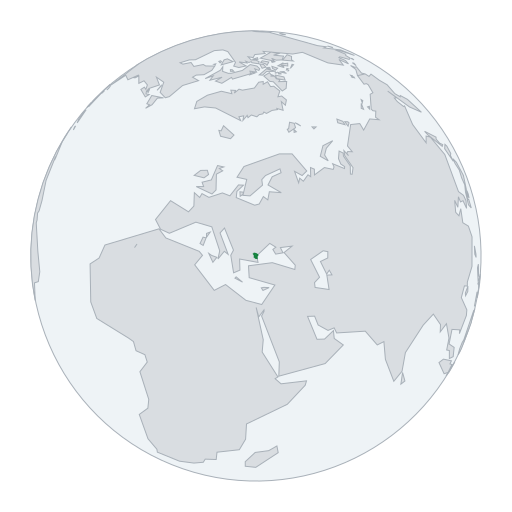 Burgas on an orthographic globe, rotated 19°
{"feature_id": "BGR-2254", "entity_name": "Burgas", "entity_type": "Province", "adm_level": 1, "iso_a3": "BGR", "parent_name": "Bulgaria", "parent_adm1": "", "projection": "orthographic", "projection_center": [27.462, 42.445], "detail": "fine", "context": "on_globe", "style": "filled", "palette": "green", "viewbox_px": 512, "rotation_deg": 19, "n_neighbors": 0, "source": "natural_earth", "source_scale": "10m", "svg_char_len": 11811}
<svg xmlns="http://www.w3.org/2000/svg" viewBox="0 0 512 512"><g transform="rotate(19 256 256)"><circle cx="256" cy="256" r="225" fill="#eef3f6" stroke="#a8b0b8"/><path d="M179.9,44.0L185.8,42.5L179.4,44.5L182.8,43.9L191.0,41.5L195.6,40.2L218.3,38.7L245.6,37.1L254.3,35.3L252.4,37.2L268.9,33.6L283.8,34.3L266.9,34.5L265.1,35.4L275.2,36.0L275.5,37.2L280.6,38.3L280.1,39.8L270.3,40.4L269.8,41.5L276.9,42.0L280.9,44.2L270.5,43.2L276.4,47.1L261.1,50.0L233.6,48.3L224.9,53.1L196.2,60.2L198.7,61.6L189.3,65.9L188.7,69.3L183.6,70.2L187.5,72.2L192.3,70.8L195.7,71.3L195.8,73.4L189.2,74.6L188.2,73.8L186.3,75.3L183.0,75.2L184.7,76.4L176.8,78.0L184.7,79.5L178.4,83.4L173.1,83.7L173.6,79.6L162.8,71.9L157.6,71.9L149.7,75.4L134.8,90.2L129.1,92.3L121.3,98.0L124.4,98.4L131.6,94.2L135.5,97.0L143.8,92.1L146.6,92.7L155.2,89.8L153.8,94.8L147.8,101.5L140.6,104.4L137.8,107.6L144.6,108.9L131.1,118.7L122.2,133.5L118.7,135.9L112.1,132.5L112.2,121.7L103.6,119.3L109.0,125.7L100.3,132.4L98.8,135.8L99.2,138.5L102.5,138.1L99.5,141.6L92.9,136.0L95.5,132.7L97.6,134.3L97.6,129.6L93.1,126.8L89.0,130.9L86.6,123.9L83.7,126.9L81.5,127.4L86.3,122.9L77.5,131.1L74.0,127.5L62.0,143.1L74.0,125.5L78.3,118.8L82.5,112.7L80.5,115.0L88.8,105.0L88.9,104.9L99.9,93.6L111.7,83.0L124.1,73.3L137.3,64.6L151.0,56.7L165.2,49.8L179.9,44.0ZM39.4,194.0L38.8,196.4L36.9,203.6L39.4,194.0ZM36.5,205.2L37.6,201.8L35.6,210.8L34.7,226.8L34.1,227.7L32.9,252.9L35.6,273.3L36.2,284.0L35.5,286.5L37.3,293.3L37.4,296.2L48.2,322.6L56.7,341.3L58.5,351.1L55.3,353.5L61.7,370.0L53.6,354.9L46.7,339.3L41.0,323.2L36.5,306.8L33.3,290.0L31.4,273.1L30.7,256.0L31.4,238.9L33.3,222.0L36.5,205.2ZM62.2,141.2L59.0,147.4L49.0,169.6L51.5,162.0L54.8,155.4L59.7,145.7L62.1,141.3L62.2,141.2ZM61.7,145.8L63.1,142.7L62.1,145.1L61.7,145.8ZM197.6,39.5L191.1,41.4L183.6,43.4L188.9,41.6L197.6,39.5ZM212.1,37.1L209.1,38.0L205.7,37.9L208.4,37.4L212.1,37.1ZM260.5,34.1L255.2,34.2L260.2,33.8L260.5,34.1ZM281.4,38.2L282.8,38.0L284.8,38.7L281.4,38.2ZM155.4,87.4L155.2,88.6L153.7,88.5L155.4,87.4ZM159.2,85.1L157.5,84.1L159.0,82.9L160.1,83.5L159.2,85.1ZM285.9,41.8L288.7,43.4L284.2,41.9L285.9,41.8ZM160.9,86.6L162.0,80.9L164.8,78.9L171.0,79.7L160.9,86.6ZM289.2,44.4L296.2,48.7L299.9,48.3L293.3,52.4L289.6,47.1L283.4,45.1L288.0,45.4L289.2,44.4ZM193.8,69.5L188.7,71.1L192.9,68.0L193.8,69.5ZM195.7,67.5L203.9,58.2L211.5,57.3L207.2,60.4L217.0,58.0L216.8,62.1L211.3,64.3L206.4,64.0L210.0,65.8L195.7,67.5ZM288.5,54.2L288.7,55.6L286.6,54.3L288.5,54.2ZM197.4,71.3L198.3,69.4L205.0,68.4L204.3,72.1L202.4,71.2L197.4,71.3ZM219.8,55.6L224.6,55.7L225.7,58.9L227.7,59.5L217.4,62.1L219.8,55.6ZM200.9,72.5L203.8,74.1L200.7,76.5L196.9,73.2L200.9,72.5ZM207.0,66.6L210.2,66.4L208.2,67.7L207.0,66.6ZM191.4,86.5L192.4,83.9L195.9,83.0L191.4,86.5ZM205.0,74.6L206.1,73.7L207.6,73.2L208.8,74.8L205.0,74.6ZM218.9,64.4L218.3,65.8L223.2,63.4L224.2,66.0L217.1,67.4L220.6,67.9L220.9,68.7L214.8,69.0L218.9,64.4ZM214.6,74.9L206.0,78.0L203.3,82.9L200.1,83.7L204.9,75.7L214.6,74.9ZM215.3,71.4L214.1,73.7L210.6,73.3L209.3,71.5L215.3,71.4ZM227.4,67.4L227.7,63.0L229.2,62.9L227.4,67.4ZM214.5,76.4L216.6,75.6L214.7,76.8L214.5,76.4ZM224.2,70.2L224.1,68.6L225.9,68.5L224.2,70.2ZM220.9,75.6L218.1,76.5L217.1,75.2L220.9,75.6ZM223.0,73.1L225.4,73.4L218.4,74.2L222.6,72.4L223.0,73.1ZM225.9,70.3L226.9,69.7L225.7,71.0L225.9,70.3ZM226.3,80.2L217.7,81.5L215.5,78.6L224.1,77.6L226.3,80.2ZM114.7,353.2L101.7,317.5L108.3,309.0L109.6,294.8L155.4,261.9L164.9,268.3L200.8,270.1L205.2,272.8L200.9,284.3L227.7,302.1L236.5,292.9L260.9,301.2L277.2,300.0L283.3,277.3L256.6,278.7L252.1,267.7L273.6,257.0L297.1,256.1L296.1,251.9L281.4,243.6L286.9,234.9L276.3,240.1L280.5,244.2L274.0,247.8L269.8,244.3L271.9,241.2L264.9,239.6L256.6,255.5L260.0,261.4L241.5,264.2L245.4,274.6L240.3,279.2L231.9,263.5L232.8,257.8L217.1,239.8L214.5,245.9L229.1,263.5L224.5,261.9L221.0,271.2L220.0,262.9L204.7,242.8L188.1,243.6L166.7,262.7L157.1,261.8L149.1,254.2L157.2,231.5L177.8,236.2L181.0,229.0L177.1,216.2L183.7,219.0L184.6,214.6L192.4,215.9L203.7,207.3L211.7,207.6L216.3,194.5L221.1,193.1L216.9,201.1L218.3,207.2L238.2,208.4L242.1,205.8L243.6,197.4L248.9,199.1L247.7,190.9L259.3,187.9L244.2,184.9L245.5,175.8L252.6,169.1L250.3,165.8L238.8,176.8L236.6,181.9L239.1,186.9L230.8,201.1L223.9,202.9L222.3,186.6L212.4,187.7L215.5,175.3L244.8,151.9L256.9,147.7L276.3,159.1L273.4,164.9L264.9,163.4L272.5,172.9L272.0,168.2L276.4,169.9L278.7,162.3L281.9,163.2L278.7,154.6L282.9,154.9L284.9,160.3L291.9,150.1L300.8,149.0L300.8,146.4L298.4,143.8L311.2,144.5L310.7,142.6L306.3,141.5L302.3,137.1L300.4,129.7L304.9,130.3L306.2,133.1L315.8,140.1L318.6,147.8L320.3,147.4L319.0,140.9L307.2,132.2L304.8,127.7L310.8,131.0L308.4,129.4L308.7,127.4L313.1,126.1L306.7,122.2L302.7,100.9L311.0,97.0L316.8,101.9L318.9,89.4L328.0,87.1L323.9,85.9L322.1,80.0L319.2,80.6L317.1,79.6L311.3,65.9L313.4,63.6L306.3,57.5L304.2,57.1L302.2,58.4L293.3,52.4L299.9,48.3L304.4,49.4L305.5,46.6L315.5,49.7L324.2,51.4L334.4,57.3L340.5,58.5L340.2,57.3L348.2,58.6L365.6,66.2L352.7,65.1L326.8,57.2L337.5,60.6L335.4,61.6L339.4,64.0L346.9,66.6L347.6,65.7L361.3,80.7L380.0,93.6L377.8,87.2L382.1,86.8L401.5,98.6L426.5,129.2L432.5,131.1L436.6,135.4L439.6,142.4L433.7,136.3L431.8,138.3L428.1,134.1L431.0,144.2L425.7,138.7L430.6,149.7L434.8,151.9L434.2,144.6L440.7,157.2L447.1,158.6L454.0,167.5L463.6,195.5L464.3,211.8L465.6,215.6L462.8,216.4L463.7,228.5L472.9,238.3L474.3,243.8L473.6,263.2L472.7,259.5L465.2,261.6L467.2,276.3L473.1,277.9L475.2,287.0L472.2,290.0L469.6,282.4L466.9,282.8L465.2,270.8L458.1,258.0L454.9,267.8L452.8,260.8L442.6,253.2L436.6,266.9L428.7,298.7L431.6,317.4L427.1,329.6L412.0,311.6L404.8,295.3L399.6,300.6L383.8,291.5L357.3,302.5L353.3,298.5L348.3,302.9L337.2,301.0L331.0,293.8L324.4,296.3L340.8,314.9L347.9,312.2L353.5,301.3L356.8,308.5L367.5,311.7L356.4,335.2L316.7,362.2L312.5,348.5L280.8,310.9L281.6,305.9L281.5,305.3L281.1,304.4L278.4,312.7L272.9,304.6L290.1,332.8L293.1,344.8L316.1,363.2L314.0,365.8L321.3,368.7L344.4,357.6L344.6,362.2L333.9,386.0L301.7,417.9L305.8,432.6L303.3,444.6L283.0,454.2L284.6,461.4L274.1,464.6L273.3,468.2L264.7,472.0L250.5,474.9L226.6,473.6L225.2,471.0L213.4,464.0L197.2,443.8L203.3,435.1L201.3,426.5L183.9,403.2L187.7,391.7L183.1,385.5L173.4,384.6L168.0,376.8L162.2,375.1L125.8,366.9L114.7,353.2ZM139.6,283.4L138.4,287.6L139.6,283.4ZM322.1,266.5L336.0,263.9L329.2,251.0L334.0,249.1L329.9,245.6L328.7,250.1L318.7,240.2L324.5,234.5L322.5,228.5L317.8,229.2L308.8,241.5L323.0,255.4L320.0,262.1L322.1,266.5ZM34.7,227.2L34.3,231.0L34.2,228.4L34.7,227.2ZM50.3,164.4L48.9,167.7L47.7,170.8L48.4,168.8L50.3,164.4ZM43.1,191.7L42.3,196.3L42.4,193.1L43.1,191.7ZM47.8,173.0L43.6,188.4L43.8,183.4L46.8,173.9L45.7,178.3L47.8,173.0ZM58.9,149.1L57.7,151.6L57.0,152.6L58.9,149.1ZM60.9,147.6L61.1,147.0L62.4,144.8L60.9,147.6ZM100.7,132.7L101.1,133.3L100.8,136.5L99.4,135.9L100.7,132.7ZM108.5,146.8L103.5,152.3L106.1,147.7L103.2,147.6L105.2,138.2L117.1,136.6L111.4,138.8L108.5,146.8ZM111.1,125.9L108.5,131.6L110.9,125.5L111.1,125.9ZM182.1,190.8L184.6,194.4L181.4,199.0L171.3,199.9L175.8,193.1L182.1,190.8ZM189.0,198.6L190.2,183.0L196.5,182.3L192.8,185.2L196.8,186.3L191.9,191.5L196.7,206.6L194.2,211.7L176.9,209.8L183.9,207.4L181.0,203.8L189.0,198.6ZM182.3,149.0L182.9,143.4L195.8,148.8L193.7,153.4L183.5,154.3L180.0,149.3L182.3,149.0ZM171.7,89.7L171.1,88.1L172.9,87.6L174.9,88.6L171.7,89.7ZM191.6,85.4L176.2,96.4L174.7,95.1L167.5,103.8L160.8,103.8L165.7,98.0L155.2,104.8L156.9,99.6L150.2,104.8L161.9,91.9L163.0,87.8L164.3,92.3L170.4,92.3L173.3,91.2L182.7,85.0L188.2,76.9L195.1,76.1L198.6,77.8L198.3,79.6L193.9,79.4L196.7,82.0L190.1,83.2L191.6,85.4ZM234.7,103.9L229.7,101.8L234.2,109.4L227.7,109.7L228.6,110.6L223.8,113.1L219.5,117.8L216.6,117.3L216.2,119.4L213.0,121.3L211.5,124.1L205.7,124.2L203.4,127.8L201.9,125.9L199.5,132.0L198.7,127.5L194.5,129.9L197.5,133.0L169.7,129.2L158.7,131.8L149.9,136.8L149.7,129.1L157.7,119.8L169.6,111.5L180.3,110.4L178.2,107.4L182.7,106.1L182.5,109.0L185.6,103.8L189.2,103.6L199.8,97.7L202.0,90.8L206.0,88.7L206.9,91.3L210.2,87.5L214.6,91.1L217.5,89.7L224.8,92.2L224.9,98.3L228.2,96.4L233.9,98.5L234.7,103.9ZM228.2,81.0L229.9,87.7L227.1,91.4L215.6,85.6L212.3,86.4L204.8,83.3L209.0,78.3L210.8,79.5L213.5,79.6L211.1,81.2L215.0,80.0L217.5,81.8L221.3,81.5L220.8,83.7L228.2,81.0ZM210.5,268.9L213.9,269.9L219.4,270.0L217.3,276.0L210.5,268.9ZM199.8,255.4L202.9,255.1L202.6,263.2L199.0,262.4L199.8,255.4ZM204.9,248.3L203.1,254.5L201.9,250.7L204.9,248.3ZM219.9,200.5L223.3,199.8L223.6,201.9L221.6,204.7L219.9,200.5ZM246.8,128.3L244.3,126.0L245.4,125.0L244.2,118.6L248.9,118.1L251.6,121.8L246.8,128.3ZM278.7,281.6L273.8,286.3L271.4,284.4L273.6,283.1L278.7,281.6ZM244.0,282.2L251.8,285.1L243.3,283.8L244.0,282.2ZM251.8,126.7L250.7,124.0L253.7,125.4L251.8,126.7ZM252.3,117.5L256.0,118.5L249.4,117.3L252.3,117.5ZM341.0,434.7L324.6,455.9L314.3,458.3L312.8,454.0L319.2,442.0L331.4,435.9L337.6,428.8L341.0,434.7ZM477.3,298.1L476.4,302.5L474.7,307.5L475.7,303.0L478.3,292.4L478.5,291.5L477.3,298.1ZM475.5,303.5L472.2,306.1L463.7,297.2L466.8,292.5L474.9,291.5L474.5,294.9L476.6,294.8L475.5,303.5ZM480.4,275.9L479.9,280.4L479.2,283.6L478.8,277.3L479.1,270.8L479.8,267.3L479.6,236.8L480.2,235.8L480.9,247.0L481.2,248.9L480.4,275.9ZM432.5,318.4L437.5,325.7L434.7,330.0L432.5,318.4ZM477.3,219.7L478.9,232.6L476.7,217.9L477.3,219.7ZM474.7,207.8L475.7,211.0L474.8,209.9L474.7,207.8ZM467.8,220.6L467.1,225.3L466.0,222.9L466.2,215.5L467.8,220.6ZM459.2,175.3L463.3,182.5L464.6,185.7L462.3,183.1L459.2,175.3ZM291.0,122.0L287.4,131.2L288.0,138.2L293.3,142.5L284.3,140.8L283.4,129.9L291.0,122.0ZM300.8,103.3L296.2,100.1L299.1,99.2L300.6,99.8L300.8,103.3ZM297.4,102.9L289.9,103.4L287.9,100.2L294.2,100.4L297.4,102.9ZM270.8,114.4L269.4,117.0L267.0,115.7L270.8,114.4ZM478.0,217.7L477.9,217.2L478.8,223.5L475.9,207.1L476.2,208.4L478.0,217.7ZM476.2,209.3L477.2,215.1L475.5,206.4L476.2,209.3ZM476.9,214.0L475.8,210.3L475.6,207.9L476.9,214.0ZM475.9,207.6L473.9,199.9L474.8,202.6L475.9,207.6ZM472.9,202.3L474.4,202.8L474.4,208.0L469.3,195.1L468.9,191.3L472.9,202.3ZM438.6,131.9L435.9,129.3L434.1,125.5L436.5,128.3L438.6,131.9ZM425.8,112.2L432.7,123.7L437.8,133.8L438.6,133.1L443.9,140.5L440.2,138.4L433.2,127.2L430.2,120.7L425.2,115.4L420.2,108.5L414.2,103.8L410.5,99.9L415.0,102.2L425.8,112.2ZM411.7,102.2L399.5,93.2L398.3,88.9L400.7,90.0L406.8,95.7L407.1,97.6L411.7,102.2ZM396.3,89.9L396.4,91.7L378.8,85.4L374.8,83.2L387.5,85.0L388.3,86.9L392.9,89.5L396.3,89.9ZM291.1,55.5L288.9,55.6L290.1,54.7L291.1,55.5ZM315.6,80.1L312.9,78.7L314.4,77.5L315.6,80.1ZM306.4,74.3L306.6,76.6L304.5,73.9L306.4,74.3ZM307.4,82.1L305.8,77.4L310.0,82.3L307.4,82.1Z" fill="#d9dde1" stroke="#a8b0b8" stroke-width="1"/><path d="M256.2,258.1L255.9,257.9L255.7,257.7L255.5,257.4L255.4,257.4L255.2,257.4L255.2,257.5L254.9,257.5L254.9,257.4L254.8,257.2L254.7,257.0L254.7,256.9L254.8,256.8L254.8,256.7L254.9,256.4L254.7,256.3L254.6,256.2L254.3,255.9L254.2,255.8L254.1,255.6L254.0,255.4L254.0,255.2L253.9,255.0L253.7,255.0L253.4,255.0L253.2,254.9L253.3,254.8L253.4,254.7L253.5,254.5L253.5,254.4L253.4,254.3L253.4,254.2L253.6,254.1L253.8,254.2L254.0,254.2L254.3,254.0L254.5,254.1L254.9,254.1L255.0,254.0L255.4,253.9L255.5,253.9L255.6,254.0L255.8,254.2L256.0,254.3L256.3,254.2L256.5,254.2L256.7,254.3L256.8,254.4L256.9,254.5L257.0,254.5L257.1,254.4L257.2,254.5L257.3,254.7L257.3,254.9L257.2,254.9L257.2,255.0L256.9,254.9L256.8,255.0L256.7,255.0L256.8,255.1L256.7,255.2L256.5,255.3L256.5,255.5L256.2,255.5L256.1,255.8L256.0,256.0L256.0,255.9L256.1,256.0L256.2,255.9L256.3,256.0L256.3,255.9L256.3,256.0L256.5,256.0L256.5,255.9L256.5,256.0L256.7,256.3L256.8,256.4L256.9,256.5L256.9,256.8L257.0,256.9L257.1,257.0L257.3,257.3L257.5,257.4L257.5,257.5L257.6,257.8L257.3,257.8L257.2,257.8L257.0,258.0L256.9,258.0L256.8,257.9L256.7,257.9L256.4,257.9L256.4,258.0L256.2,258.1Z" fill="#22c55e" stroke="#15803d" stroke-width="1.5"/></g></svg>